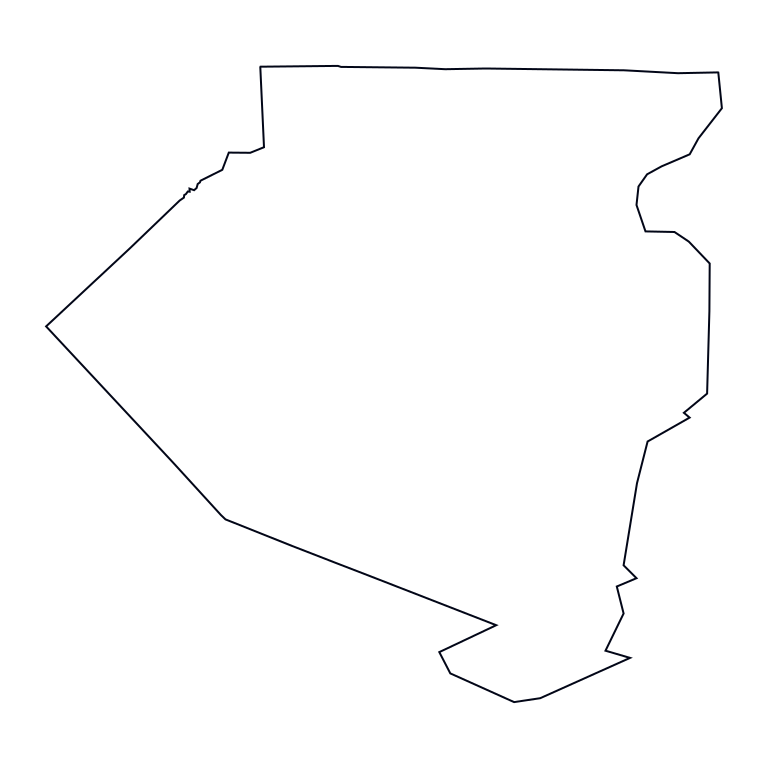 Allegheny, Pennsylvania, United States of America
{"feature_id": "52423323B21471861294441", "entity_name": "Allegheny", "entity_type": "district", "adm_level": 2, "iso_a3": "USA", "parent_name": "United States of America", "parent_adm1": "Pennsylvania", "projection": "albers", "projection_center": [-79.965, 40.435], "detail": "fine", "context": "isolated", "style": "outline", "palette": "ink", "viewbox_px": 768, "rotation_deg": 0, "n_neighbors": 0, "source": "geoboundaries", "source_scale": "gbopen_adm2", "svg_char_len": 894}
<svg xmlns="http://www.w3.org/2000/svg" viewBox="0 0 768 768"><path d="M260.5,66.7L260.3,67.2L264.0,147.2L250.2,152.8L228.8,152.6L222.3,169.8L200.5,180.7L199.9,182.4L197.7,184.0L196.6,188.0L194.1,190.2L189.5,188.6L189.7,191.7L187.8,191.5L185.9,194.1L184.2,195.1L183.9,197.6L179.7,200.5L129.8,248.4L46.1,326.4L172.7,462.2L220.9,515.0L225.5,519.4L292.2,546.0L334.7,562.5L375.4,578.2L496.2,625.2L439.3,652.1L450.3,673.4L514.1,702.1L540.2,698.2L630.0,657.9L605.5,650.7L623.6,613.5L616.8,586.5L636.5,578.2L623.6,565.3L637.0,483.2L647.6,441.5L689.6,417.6L683.9,412.8L707.1,393.6L709.4,311.1L709.7,263.5L688.8,241.6L674.5,232.0L645.5,231.4L645.0,230.0L636.5,205.0L638.5,186.5L647.1,174.3L661.7,166.3L689.7,154.3L698.5,138.3L721.9,108.2L718.3,72.5L718.0,72.4L678.0,73.2L624.2,70.3L485.7,68.5L445.2,69.2L415.5,67.7L341.0,66.9L337.9,65.9L260.5,66.7Z" fill="none" stroke="#020617" stroke-width="2"/></svg>